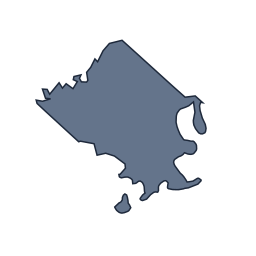 the district of Madison, Louisiana, United States of America, rotated 42°
{"feature_id": "52423323B38488721572151", "entity_name": "Madison", "entity_type": "district", "adm_level": 2, "iso_a3": "USA", "parent_name": "United States of America", "parent_adm1": "Louisiana", "projection": "albers", "projection_center": [-91.092, 32.342], "detail": "fine", "context": "isolated", "style": "filled", "palette": "slate", "viewbox_px": 256, "rotation_deg": 42, "n_neighbors": 0, "source": "geoboundaries", "source_scale": "gbopen_adm2", "svg_char_len": 2468}
<svg xmlns="http://www.w3.org/2000/svg" viewBox="0 0 256 256"><g transform="rotate(42 128 128)"><path d="M59.7,107.8L60.0,114.3L66.3,119.5L66.5,121.6L62.5,124.9L58.7,123.6L57.5,120.0L53.4,125.9L55.0,128.7L59.3,127.4L60.8,135.6L52.4,136.5L52.6,142.2L46.5,140.5L47.2,155.3L42.1,153.4L38.4,156.3L46.8,161.1L50.9,158.1L46.6,165.3L41.1,168.7L44.0,170.6L55.3,170.8L100.6,171.2L101.5,169.6L113.3,162.4L123.2,168.9L128.3,161.7L136.7,157.9L149.8,156.7L153.0,159.6L153.1,167.6L152.3,168.6L154.1,170.0L155.0,170.0L156.4,169.5L158.6,166.5L160.7,164.6L163.0,163.8L165.2,163.6L166.3,163.9L168.8,166.2L170.5,164.3L171.0,163.3L171.3,161.3L171.7,160.2L172.7,159.2L174.7,158.9L175.9,159.1L178.0,160.0L179.3,160.8L182.5,163.9L183.4,164.6L184.2,164.9L183.7,168.0L184.1,171.8L184.4,172.6L185.0,172.8L185.8,172.8L186.5,172.6L187.3,172.2L187.5,171.9L189.4,168.4L189.4,163.9L189.4,162.3L190.2,158.5L191.2,157.1L192.9,155.9L193.0,155.7L192.5,154.1L190.3,151.7L190.0,151.3L189.4,150.2L189.2,147.2L190.0,143.6L190.4,142.9L191.2,142.0L191.6,141.8L192.4,141.7L194.4,141.9L194.7,142.1L195.2,143.0L196.7,145.2L197.3,145.9L197.8,146.1L198.7,146.0L202.3,143.9L205.4,141.3L207.0,139.8L209.9,136.1L210.6,134.8L212.9,132.1L217.5,122.9L217.6,118.3L216.9,117.7L214.1,118.1L213.3,118.9L211.8,124.0L209.2,127.3L208.0,128.6L205.7,127.8L202.1,126.9L199.9,126.6L196.9,126.6L188.4,124.8L186.6,124.1L184.9,123.0L184.0,121.6L183.8,120.8L183.8,119.7L184.8,115.5L185.9,113.5L186.3,112.2L186.6,110.8L186.5,108.6L190.0,107.2L191.6,106.1L192.5,105.3L193.4,104.1L193.8,103.3L193.9,102.1L193.7,99.3L193.6,98.8L193.2,98.0L192.9,97.5L190.6,95.2L189.3,94.5L186.5,94.0L185.2,94.2L183.7,95.6L180.6,97.3L178.0,99.1L177.1,99.4L171.0,97.9L166.5,95.8L163.4,94.1L159.9,91.6L156.4,87.4L155.5,86.1L154.5,84.0L154.1,80.3L154.3,78.7L156.8,74.1L158.3,70.8L159.2,64.8L167.2,71.5L171.5,78.7L172.9,80.1L174.9,81.7L178.6,83.3L183.8,84.3L185.9,83.7L187.3,82.5L188.3,80.1L187.9,78.6L186.2,76.0L183.0,73.6L176.6,70.9L169.9,66.8L166.3,63.6L164.8,60.4L166.6,59.2L156.5,59.2L149.8,66.9L132.4,67.0L104.5,66.9L64.9,66.8L57.6,77.6L57.8,87.3L61.1,99.1L57.2,98.8L59.7,107.8ZM176.9,196.7L177.9,196.6L179.7,195.8L180.4,195.3L181.9,193.4L183.3,190.7L183.7,189.8L183.9,188.8L183.4,185.4L180.6,184.2L178.4,183.7L176.6,182.0L174.0,180.0L171.8,178.7L169.8,179.1L169.5,181.0L170.3,183.3L171.9,185.3L172.2,187.5L171.8,189.1L171.5,189.4L171.0,195.6L171.3,195.8L173.1,196.4L174.7,196.8L176.9,196.7Z" fill="#64748b" stroke="#1e293b" stroke-width="1.5"/></g></svg>